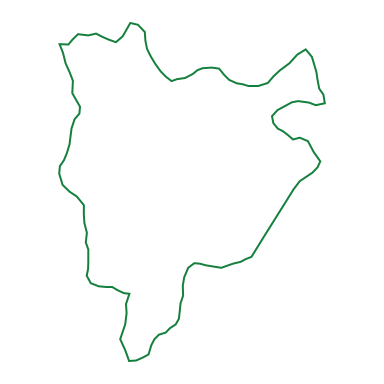 the district of Taiúva, São Paulo, Brazil
{"feature_id": "56859067B50501087510424", "entity_name": "Taiúva", "entity_type": "district", "adm_level": 2, "iso_a3": "BRA", "parent_name": "Brazil", "parent_adm1": "São Paulo", "projection": "equal_earth", "projection_center": [-48.427, -21.141], "detail": "fine", "context": "isolated", "style": "outline", "palette": "green", "viewbox_px": 384, "rotation_deg": 0, "n_neighbors": 0, "source": "geoboundaries", "source_scale": "gbopen_adm2", "svg_char_len": 1601}
<svg xmlns="http://www.w3.org/2000/svg" viewBox="0 0 384 384"><path d="M59.6,44.2L63.0,52.9L65.6,63.3L69.8,72.7L72.9,80.8L72.3,93.2L80.0,106.7L79.4,113.6L74.6,119.2L71.5,128.6L69.5,144.5L66.7,153.6L63.9,160.3L59.9,166.1L59.2,173.6L62.6,184.9L69.6,191.7L76.8,196.5L83.9,205.2L83.8,213.8L84.4,223.0L86.9,232.8L85.8,242.5L88.3,249.4L88.3,261.8L88.1,269.0L86.7,275.7L90.8,283.2L98.7,286.3L106.3,287.0L112.2,287.0L117.4,290.1L123.8,293.1L129.4,293.8L126.0,304.1L126.6,313.1L125.2,324.4L120.2,339.2L125.2,350.1L129.1,361.0L136.2,360.5L142.7,357.6L148.5,354.5L151.3,345.2L154.5,339.1L158.9,334.7L165.7,332.6L169.9,328.2L175.7,324.4L178.9,318.8L179.8,310.8L180.5,303.4L183.1,295.7L182.8,285.6L184.2,277.3L188.2,267.8L194.3,263.2L200.0,263.7L205.8,265.3L221.3,267.8L232.9,263.7L240.8,261.8L245.7,259.1L251.4,256.9L263.6,237.2L293.8,189.0L299.8,181.1L312.4,172.7L317.5,167.4L320.3,161.4L313.5,151.7L307.9,141.1L299.7,137.7L293.0,139.5L288.0,135.1L282.9,131.2L277.8,128.6L273.3,123.0L272.0,116.2L277.5,110.1L291.9,102.3L298.1,101.1L309.0,102.6L315.8,105.2L324.8,103.3L323.4,94.6L319.2,88.6L317.5,79.6L316.4,72.1L314.4,65.2L311.9,56.9L305.7,49.4L297.3,54.6L289.4,63.3L280.1,70.2L273.7,76.1L267.8,83.0L258.2,86.0L248.4,86.0L242.4,84.2L236.7,83.3L229.2,79.9L223.9,74.6L219.1,68.6L211.6,67.6L202.6,68.2L197.4,70.2L192.9,73.9L185.1,78.0L176.9,79.2L171.6,81.1L166.0,76.8L160.6,71.3L155.2,63.8L151.1,57.0L147.1,49.1L145.4,40.7L144.8,32.0L138.0,24.8L130.3,23.0L122.7,36.3L115.9,42.2L108.9,39.7L102.4,36.9L96.0,33.6L88.3,35.4L78.0,34.2L72.6,39.5L68.4,44.5L59.6,44.2Z" fill="none" stroke="#15803d" stroke-width="2"/></svg>